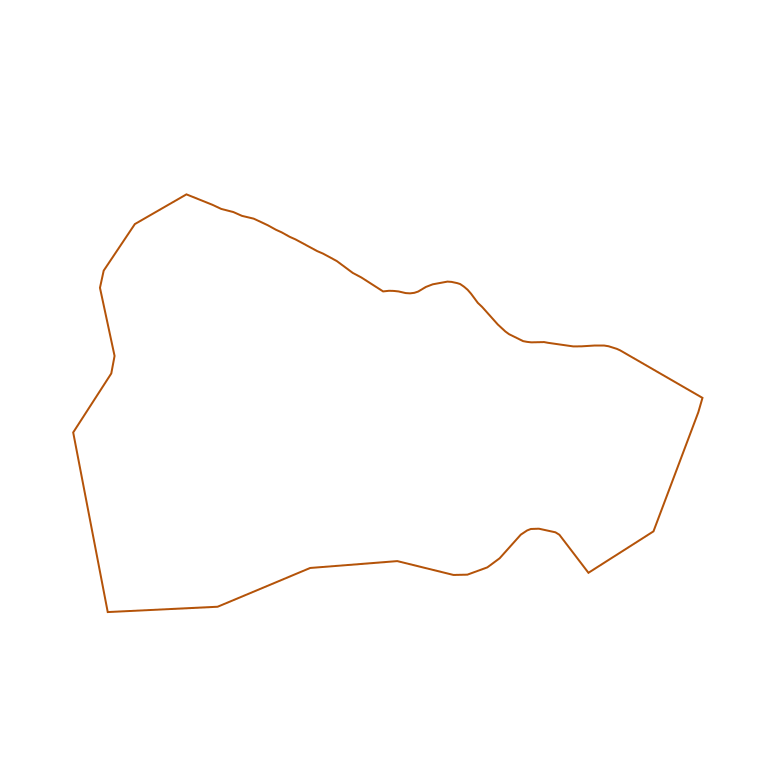 the border of Waltham Forest, rotated 83°
{"feature_id": "GBR-2078", "entity_name": "Waltham Forest", "entity_type": "London Borough", "adm_level": 1, "iso_a3": "GBR", "parent_name": "United Kingdom", "parent_adm1": "", "projection": "robinson", "projection_center": [-0.018, 51.6], "detail": "fine", "context": "isolated", "style": "outline", "palette": "amber", "viewbox_px": 768, "rotation_deg": 83, "n_neighbors": 0, "source": "natural_earth", "source_scale": "10m", "svg_char_len": 1075}
<svg xmlns="http://www.w3.org/2000/svg" viewBox="0 0 768 768"><g transform="rotate(83 384 384)"><path d="M292.0,373.6L292.1,367.6L292.8,363.0L293.9,358.3L296.4,351.4L297.2,347.1L297.2,342.8L296.4,338.8L292.8,330.7L291.0,323.5L290.1,308.5L290.9,304.5L292.8,299.0L294.1,296.2L297.1,292.8L300.7,289.5L305.0,286.6L314.9,281.0L319.5,277.2L338.8,263.8L346.6,257.2L349.8,253.8L358.4,240.7L359.6,236.9L360.6,232.8L361.9,220.0L363.1,216.2L369.8,191.4L370.7,183.1L371.5,170.0L372.6,161.0L373.9,156.5L377.5,148.6L379.4,145.5L384.9,138.2L436.6,69.6L450.4,75.5L563.1,134.5L596.3,204.1L555.0,228.3L552.1,231.9L546.5,247.9L545.8,255.9L546.8,259.8L550.2,266.6L571.1,290.5L578.6,303.8L583.4,324.5L582.0,338.3L561.4,392.4L557.6,479.7L584.8,576.3L576.7,686.0L394.2,698.4L340.3,653.4L323.3,648.0L253.9,654.2L237.3,648.4L194.9,611.8L171.7,557.0L185.2,532.5L190.4,524.2L195.0,512.5L199.8,504.5L204.0,493.2L212.2,480.1L217.7,472.5L221.0,467.1L226.4,459.7L229.7,454.2L243.9,434.2L247.1,428.7L256.2,415.9L270.0,401.4L275.5,393.5L292.0,373.6Z" fill="none" stroke="#b45309" stroke-width="2"/></g></svg>